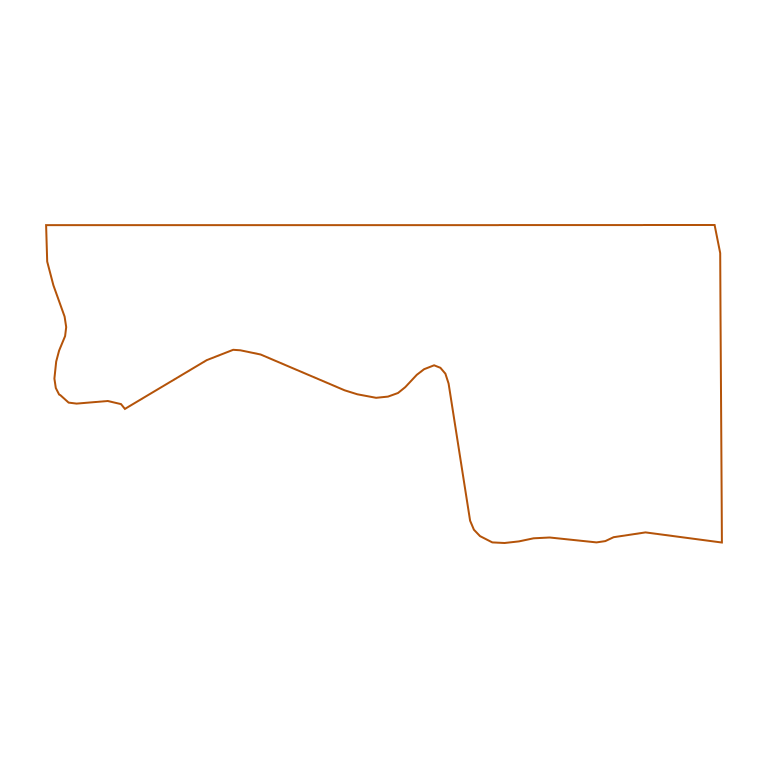 an SVG outline of Kié-Ntem
{"feature_id": "GNQ-1469", "entity_name": "Kié-Ntem", "entity_type": "Province", "adm_level": 1, "iso_a3": "GNQ", "parent_name": "Equatorial Guinea", "parent_adm1": "", "projection": "orthographic", "projection_center": [10.81, 1.949], "detail": "fine", "context": "isolated", "style": "outline", "palette": "amber", "viewbox_px": 768, "rotation_deg": 0, "n_neighbors": 0, "source": "natural_earth", "source_scale": "10m", "svg_char_len": 771}
<svg xmlns="http://www.w3.org/2000/svg" viewBox="0 0 768 768"><path d="M46.1,225.1L57.1,225.1L276.2,225.1L495.4,225.1L714.6,225.0L720.2,253.1L720.5,311.9L721.7,504.1L721.9,542.5L721.7,542.5L645.5,532.4L613.6,537.2L605.3,541.1L596.5,542.4L549.7,537.5L533.6,538.3L518.9,541.4L504.5,543.0L492.3,542.4L480.0,536.1L473.9,529.7L470.1,520.7L448.6,383.6L445.4,373.7L440.4,367.8L434.1,365.3L424.1,369.2L416.8,374.8L405.2,387.2L398.0,393.0L388.0,396.6L376.1,397.8L357.4,394.3L344.6,390.3L260.6,354.5L240.4,350.3L233.2,349.8L206.8,360.1L124.9,408.9L121.0,404.1L107.7,401.0L76.6,403.6L68.6,402.6L60.4,395.2L59.1,394.5L55.8,388.0L54.4,378.6L56.2,361.5L59.1,350.6L65.1,336.1L66.2,327.1L64.6,316.6L53.4,285.3L47.2,261.6L46.1,225.1Z" fill="none" stroke="#b45309" stroke-width="2"/></svg>